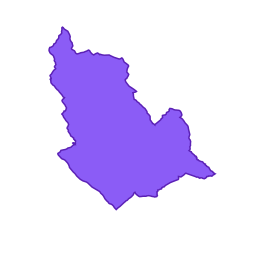 outline of Samacá, Boyacá, Colombia, rotated 104°
{"feature_id": "7082276B67984483460404", "entity_name": "Samacá", "entity_type": "district", "adm_level": 2, "iso_a3": "COL", "parent_name": "Colombia", "parent_adm1": "Boyacá", "projection": "equal_earth", "projection_center": [-73.529, 5.479], "detail": "fine", "context": "isolated", "style": "filled", "palette": "violet", "viewbox_px": 256, "rotation_deg": 104, "n_neighbors": 0, "source": "geoboundaries", "source_scale": "gbopen_adm2", "svg_char_len": 5786}
<svg xmlns="http://www.w3.org/2000/svg" viewBox="0 0 256 256"><g transform="rotate(104 128 128)"><path d="M158.7,45.4L158.5,44.3L158.8,43.3L158.8,41.7L158.4,41.4L158.1,40.8L157.2,40.2L157.0,39.9L156.2,39.9L155.9,39.7L155.8,39.4L155.6,38.5L155.0,38.1L154.9,37.1L154.4,36.0L154.5,35.3L154.1,34.6L152.5,33.7L152.2,33.0L151.7,32.7L151.4,32.4L151.3,32.9L150.9,33.6L150.8,34.2L150.3,35.0L149.8,35.3L149.4,37.4L148.0,38.9L146.6,40.1L146.5,40.6L146.1,42.5L145.7,42.6L145.4,43.2L145.3,43.8L145.1,44.2L144.8,44.4L144.5,44.2L144.3,44.2L144.2,45.4L143.5,46.6L142.9,47.2L142.7,48.1L142.9,48.9L142.6,50.6L142.5,51.3L141.9,52.1L142.1,53.0L141.4,54.0L140.7,53.7L140.4,53.8L140.1,54.6L139.8,54.5L139.4,54.6L138.8,55.5L138.9,56.5L138.1,57.2L137.5,58.6L136.9,59.5L136.7,60.3L135.8,60.8L135.9,61.2L135.7,61.7L135.6,62.2L135.2,63.2L134.8,62.8L134.5,63.0L133.4,62.6L133.1,62.8L132.4,62.9L131.4,63.5L130.0,63.1L128.2,63.6L125.8,64.0L124.4,65.0L123.9,65.8L123.0,66.5L122.5,66.6L121.1,66.6L119.8,66.4L119.3,66.5L114.3,69.1L112.6,69.8L111.6,70.4L110.6,71.7L109.2,73.9L107.8,75.3L106.4,77.0L105.6,78.4L105.2,80.2L103.0,78.9L102.2,78.9L100.5,79.9L99.0,81.3L98.5,82.7L98.9,85.6L99.1,86.6L99.1,87.9L98.7,89.5L98.7,90.7L98.9,92.1L99.6,92.3L100.0,92.6L101.2,92.2L101.7,92.3L102.8,93.2L103.4,94.1L104.1,94.4L104.9,94.3L105.3,94.4L106.0,94.7L106.2,95.0L107.2,97.2L107.5,97.6L108.0,97.6L109.2,97.0L109.7,97.0L111.0,98.1L111.7,98.1L112.5,98.5L118.0,102.6L118.6,102.6L118.0,103.6L117.7,104.6L117.6,104.9L117.7,105.3L117.3,105.4L117.1,105.6L116.2,106.8L115.6,107.3L115.3,107.9L114.6,108.5L112.1,109.2L111.6,109.3L111.0,109.7L109.7,111.4L109.0,112.9L108.6,113.2L107.8,113.4L107.2,113.8L105.2,116.0L104.9,116.4L104.3,118.0L103.4,119.5L102.5,120.8L102.2,121.7L101.9,122.2L100.9,123.6L100.3,125.5L99.4,126.5L99.1,127.0L98.8,128.1L98.8,128.9L95.6,130.5L94.0,130.9L92.6,131.8L91.3,129.4L90.5,128.6L90.1,129.2L89.1,131.6L88.1,134.3L87.4,136.4L87.0,137.3L84.0,141.1L82.6,142.1L81.6,142.4L81.1,142.1L80.5,141.4L80.1,141.1L79.5,141.1L77.2,140.4L75.7,140.3L74.6,141.8L74.2,142.5L73.3,142.8L71.2,143.0L69.2,142.8L68.2,142.4L67.5,142.5L66.9,143.0L65.6,145.9L65.1,147.3L64.8,147.8L62.6,149.4L61.7,150.4L61.5,151.0L62.7,152.2L63.1,153.0L63.2,153.3L62.8,158.7L62.0,162.9L61.7,163.9L63.1,168.6L63.3,170.8L63.2,172.7L63.7,173.1L63.6,173.5L62.9,174.4L62.6,175.8L63.9,177.6L65.4,178.9L64.9,180.6L64.4,181.5L63.5,182.8L62.2,184.0L61.9,185.1L62.7,186.1L63.3,186.6L64.1,187.9L65.2,189.2L66.3,191.9L67.4,193.4L68.3,194.9L68.4,196.0L67.9,197.0L66.4,198.2L66.0,198.8L65.3,201.4L64.8,202.0L64.2,202.1L61.8,201.4L61.4,201.5L60.1,202.3L58.8,202.9L57.8,204.3L56.5,205.4L55.3,206.0L53.3,206.2L51.8,207.1L48.9,209.6L48.7,209.8L47.5,213.5L47.1,214.2L46.3,215.1L46.0,216.0L46.6,216.4L46.9,216.4L48.4,215.9L50.6,215.8L51.7,215.3L52.1,215.3L53.5,216.0L54.3,216.6L55.0,217.3L55.3,217.4L56.9,217.1L58.0,217.1L59.7,218.1L60.5,218.5L62.3,218.6L62.9,218.8L64.1,219.7L64.4,220.3L65.6,220.3L66.3,220.5L67.4,221.3L68.7,223.0L68.8,223.4L70.5,223.6L72.1,223.3L74.0,221.8L74.8,220.4L75.6,218.4L76.6,217.4L77.2,217.1L78.2,216.3L79.0,215.9L80.3,215.9L80.8,215.6L82.0,214.2L82.9,214.0L83.7,213.4L84.0,213.3L85.8,214.1L86.3,214.2L86.7,214.0L87.3,213.1L88.0,212.5L90.0,214.0L92.5,214.9L94.3,215.4L95.3,216.1L95.8,216.3L96.2,216.3L96.4,216.1L98.1,214.7L98.5,214.5L99.0,215.1L99.5,215.3L99.8,215.0L100.0,214.4L101.0,214.4L101.6,214.0L102.2,213.9L102.9,213.5L103.2,213.1L104.6,211.1L104.9,209.9L105.9,208.6L106.3,208.4L108.0,205.9L108.2,205.2L109.0,204.0L109.6,203.4L111.9,200.1L113.6,198.3L113.9,197.0L115.0,197.5L116.0,198.3L117.2,198.7L118.3,198.1L121.2,194.4L122.0,193.9L123.2,192.6L123.5,192.5L124.6,192.7L125.3,192.6L126.6,193.0L126.8,193.3L127.0,194.1L127.7,194.0L127.9,194.3L129.1,194.7L130.4,195.6L130.5,195.6L130.8,195.1L131.6,194.0L132.7,193.4L133.9,192.1L134.7,191.1L135.5,190.4L136.4,189.2L137.2,187.8L138.1,187.0L139.2,186.4L139.7,186.6L141.3,186.7L141.8,187.1L142.9,187.1L143.4,186.7L144.0,185.7L144.6,185.3L145.5,185.3L145.9,185.1L148.0,182.7L148.7,182.1L149.1,182.0L149.6,181.6L149.8,180.8L150.9,178.3L151.2,178.4L152.1,177.8L152.3,176.9L152.6,176.7L152.8,176.7L153.0,175.9L153.3,175.7L154.2,175.6L155.4,175.6L155.9,175.2L156.1,175.4L156.1,175.6L155.6,176.7L155.5,177.3L155.8,177.9L156.0,178.0L156.5,177.3L156.5,176.9L156.8,176.6L156.7,176.1L157.0,175.5L157.3,176.3L157.8,176.8L158.3,177.3L160.3,178.6L160.8,179.2L162.0,181.5L162.3,181.8L162.7,181.9L163.9,183.4L165.5,186.8L166.0,187.7L167.3,187.9L167.8,188.2L168.1,188.6L169.1,189.3L169.6,189.9L170.5,189.6L171.1,189.0L173.6,185.3L174.0,184.3L174.0,183.5L174.2,182.2L174.6,181.1L176.6,178.1L177.9,176.8L179.4,175.7L180.5,175.2L184.0,170.4L185.0,168.5L187.0,166.1L189.3,162.0L190.2,159.0L190.5,155.1L191.1,153.6L194.0,148.6L196.5,140.1L197.9,138.6L199.0,136.5L200.1,135.2L202.3,133.2L204.0,130.8L204.3,129.9L204.8,129.3L205.4,128.7L205.9,127.8L206.0,125.7L206.4,124.6L207.2,123.3L208.5,122.0L210.0,119.7L207.9,118.4L206.0,116.8L200.6,113.3L200.1,112.8L199.2,112.4L198.4,111.3L196.2,110.1L195.5,109.3L193.6,107.8L192.6,107.4L191.4,106.6L190.0,106.7L188.7,105.7L189.9,104.7L190.7,103.0L191.0,102.8L191.3,101.7L191.6,101.1L191.8,100.2L191.5,99.2L190.9,97.6L190.6,97.1L190.4,96.1L190.2,95.5L189.9,94.0L189.4,93.5L188.6,91.5L188.5,89.3L188.6,88.2L188.4,86.3L188.5,85.4L188.3,84.9L187.8,84.4L187.7,83.6L187.3,83.4L186.9,83.3L186.5,83.4L186.2,83.2L185.4,83.8L183.7,84.1L183.3,84.5L182.9,84.5L181.9,83.7L181.0,84.1L180.3,82.7L179.6,82.0L179.0,80.8L178.6,80.6L178.1,80.8L177.5,80.6L176.7,79.6L176.5,78.8L175.9,78.6L175.3,78.1L174.6,77.7L170.6,73.6L166.9,68.4L165.9,66.9L165.1,66.6L162.8,67.3L162.7,65.0L162.6,64.7L160.2,62.6L158.0,61.2L157.9,60.8L158.8,51.2L158.9,50.3L159.1,49.7L158.8,48.8L158.8,48.0L158.9,47.4L159.3,46.9L159.4,46.5L159.1,45.8L158.7,45.4Z" fill="#8b5cf6" stroke="#5b21b6" stroke-width="1.5"/></g></svg>